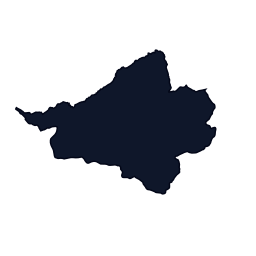 the district of Jardín, Antioquia, Colombia, rotated 59°
{"feature_id": "7082276B57305283238211", "entity_name": "Jardín", "entity_type": "district", "adm_level": 2, "iso_a3": "COL", "parent_name": "Colombia", "parent_adm1": "Antioquia", "projection": "natural_earth1", "projection_center": [-75.842, 5.568], "detail": "fine", "context": "isolated", "style": "filled", "palette": "ink", "viewbox_px": 256, "rotation_deg": 59, "n_neighbors": 0, "source": "geoboundaries", "source_scale": "gbopen_adm2", "svg_char_len": 5714}
<svg xmlns="http://www.w3.org/2000/svg" viewBox="0 0 256 256"><g transform="rotate(59 128 128)"><path d="M140.7,42.7L136.7,43.2L135.8,43.1L135.2,42.4L134.9,41.6L133.9,44.7L132.6,48.1L132.3,50.2L132.0,51.1L131.3,51.7L130.0,52.1L129.4,52.9L128.8,53.3L127.5,53.9L124.8,55.5L123.8,56.0L122.9,56.1L121.5,56.0L121.4,56.4L122.1,57.6L121.8,59.3L121.6,60.0L120.6,61.0L119.8,62.2L119.9,62.9L121.0,67.4L120.9,68.9L120.7,69.4L119.8,70.1L119.5,71.5L118.9,72.9L118.4,74.1L118.3,74.4L117.9,74.4L117.4,73.8L116.8,72.2L116.2,71.0L115.6,70.3L113.4,69.9L112.4,69.5L110.7,69.3L109.1,68.3L108.5,67.8L107.9,67.5L107.3,67.3L106.4,67.4L105.1,66.7L104.5,66.6L104.1,66.7L103.7,66.6L102.8,65.9L100.8,65.3L99.9,65.2L98.4,64.8L97.3,64.6L95.6,64.1L94.6,63.1L93.8,61.7L93.4,61.5L92.5,61.9L91.6,61.4L90.3,61.2L89.0,61.6L87.7,61.3L87.2,61.3L86.4,60.3L86.0,60.1L85.7,60.1L85.4,59.6L84.5,59.8L84.0,59.3L83.6,59.5L83.0,59.6L82.1,59.3L81.4,59.6L80.7,59.7L79.9,60.4L78.9,60.7L78.6,61.1L78.3,62.0L78.0,62.5L77.3,63.0L76.3,63.2L75.6,64.0L75.5,64.4L75.6,64.7L76.5,65.4L77.3,66.4L76.2,67.4L76.2,67.8L76.4,68.3L76.1,69.0L76.4,70.0L76.4,70.3L75.3,71.0L74.3,72.0L74.7,72.5L75.4,72.9L75.7,73.2L76.3,74.0L76.3,74.3L75.7,75.1L75.7,75.7L76.2,77.2L76.3,77.6L75.7,78.0L75.5,78.4L75.0,79.7L74.9,81.3L74.7,82.3L74.8,83.1L75.2,84.4L75.3,84.9L74.9,85.5L74.1,86.4L74.1,87.1L74.4,88.0L75.4,89.0L75.3,90.2L75.8,92.2L75.9,96.6L76.1,97.6L76.1,97.9L75.6,98.4L75.4,99.4L74.9,100.1L74.6,100.3L73.4,100.6L73.3,100.9L73.3,101.2L73.1,101.6L73.0,102.1L73.1,102.5L73.5,102.7L73.6,102.9L73.4,103.5L73.7,103.9L73.6,104.5L73.7,105.0L73.2,106.0L73.5,106.6L73.4,107.5L73.5,107.9L74.6,108.9L75.3,110.6L76.1,111.0L76.1,111.4L76.4,111.6L77.5,111.4L77.8,111.8L77.8,113.3L78.4,113.8L78.7,114.8L79.6,115.8L80.0,116.6L80.4,117.5L80.5,118.6L80.9,120.0L80.7,122.7L81.0,126.2L80.6,128.0L81.1,129.0L81.2,129.7L81.1,130.8L80.7,131.2L80.6,131.5L81.3,133.1L81.1,134.9L81.2,135.0L81.7,135.2L81.9,135.6L81.8,137.4L82.4,137.8L82.6,138.1L82.2,139.0L82.1,140.1L81.9,140.8L81.4,141.8L81.3,142.2L82.1,144.5L82.0,145.0L81.6,145.7L81.9,146.3L82.0,146.7L82.0,147.1L81.7,148.1L81.8,148.5L82.6,150.2L82.8,150.8L83.3,151.5L82.6,152.0L82.1,154.0L81.7,154.6L81.7,155.3L81.4,156.2L81.2,160.2L80.9,161.1L80.9,161.3L80.9,161.5L81.6,162.1L82.2,162.9L82.5,164.1L82.1,164.7L81.3,164.7L81.0,164.9L80.5,165.7L80.4,166.2L79.5,165.8L78.8,165.8L78.6,166.0L78.5,166.7L78.2,167.1L77.7,167.0L77.1,166.0L76.6,165.8L76.4,165.8L76.3,166.7L76.1,166.8L75.5,166.7L75.1,166.8L74.7,168.0L74.1,168.4L72.2,170.1L72.4,171.4L72.2,172.9L72.4,173.8L72.0,174.5L71.8,175.2L71.4,175.4L71.3,176.0L71.7,177.0L72.8,178.8L72.9,180.3L73.1,181.3L72.4,182.2L72.0,182.1L71.5,182.6L70.7,183.9L70.4,184.0L70.3,184.5L70.5,185.2L70.8,185.9L71.4,186.4L71.6,186.9L72.0,189.5L72.0,191.4L72.1,191.8L72.2,192.9L72.1,193.4L72.3,194.0L71.0,194.3L69.9,194.3L69.4,195.4L68.7,195.9L68.3,197.0L67.0,198.9L66.9,199.8L66.7,202.4L66.4,203.7L66.0,204.3L65.7,204.5L64.4,204.4L63.9,204.8L62.5,207.8L61.6,209.2L59.5,209.7L58.3,210.4L57.4,210.6L55.1,212.1L53.1,213.2L53.9,214.4L54.3,214.4L57.5,212.9L58.3,212.8L59.4,212.9L60.3,212.8L61.6,211.8L65.8,210.8L66.7,210.7L67.0,211.0L67.5,211.2L67.6,211.5L67.9,211.6L72.3,210.9L73.2,210.5L73.6,210.1L73.9,209.8L74.2,209.0L74.8,208.3L76.2,207.7L77.4,206.8L77.9,206.3L78.4,204.9L79.0,204.3L79.5,204.1L81.2,203.9L82.3,204.2L85.5,204.2L85.9,201.9L86.4,200.4L86.4,196.9L87.0,196.3L87.5,195.4L87.7,192.7L88.5,190.9L89.3,189.2L90.4,188.3L91.4,188.5L92.0,188.9L94.0,190.6L95.0,191.8L96.1,194.0L97.1,198.2L97.6,199.8L98.8,200.9L100.7,202.0L103.0,202.7L104.5,202.9L107.4,203.1L109.0,203.4L114.1,205.4L115.7,205.6L116.8,204.7L118.0,203.6L119.3,201.0L120.7,199.3L121.5,198.7L123.8,192.2L125.0,190.2L126.3,188.4L127.6,186.1L128.9,182.7L129.9,182.0L132.1,181.5L134.0,181.6L136.2,181.3L136.5,181.2L137.5,180.4L137.8,179.5L138.0,177.2L138.5,175.3L139.0,174.2L139.9,173.0L140.9,172.1L144.7,169.9L147.2,166.0L148.0,165.0L149.9,163.6L150.6,162.6L152.2,159.5L152.4,158.9L153.2,157.7L154.0,156.9L154.6,156.5L155.2,156.0L155.5,155.2L155.9,154.8L156.5,154.6L157.7,154.5L159.8,155.5L161.4,155.2L162.7,155.3L163.6,155.8L164.9,157.3L165.7,157.9L166.5,158.1L167.1,158.1L167.6,157.8L168.2,157.1L170.2,153.8L172.1,152.5L172.5,151.6L172.6,148.8L172.9,147.3L173.3,147.0L174.1,147.0L174.7,146.7L177.8,144.8L182.0,143.2L184.0,143.7L187.5,143.3L188.6,143.4L189.4,143.3L190.3,143.1L191.0,142.6L192.0,141.3L193.2,140.2L196.2,137.9L197.0,137.6L197.7,137.1L200.6,133.3L201.8,132.7L202.4,132.1L202.9,130.6L202.9,129.7L202.6,129.2L202.2,128.7L201.2,128.1L200.8,127.6L200.9,124.9L200.7,123.8L200.5,123.3L200.1,123.0L199.1,122.3L197.4,121.4L196.9,121.0L196.5,120.5L196.5,119.7L196.8,118.9L196.8,118.3L196.4,117.7L196.0,117.3L195.8,115.9L194.6,114.1L193.2,110.4L192.8,107.6L192.3,106.4L191.4,106.2L189.7,104.8L188.2,104.5L185.7,102.7L183.7,102.0L182.6,101.7L180.8,101.6L180.3,102.3L178.2,103.2L177.5,103.0L177.2,102.7L177.0,102.3L176.8,101.7L176.8,101.2L177.3,100.4L177.3,97.2L177.7,94.0L177.8,92.5L178.3,90.3L178.9,88.9L179.9,88.4L180.8,87.7L182.3,86.1L183.9,83.1L184.3,82.1L184.8,78.0L184.9,75.8L184.9,75.3L185.2,74.6L185.2,74.1L184.7,72.6L184.2,72.1L183.8,71.9L183.7,71.6L183.7,71.3L183.8,70.8L184.1,70.4L184.4,69.6L184.6,67.9L184.4,67.3L183.2,64.9L182.2,63.9L180.3,61.5L179.8,60.1L179.7,58.6L179.2,57.6L178.3,56.7L176.1,55.1L174.5,53.6L173.6,53.1L172.8,53.0L172.3,53.3L172.0,53.9L171.6,55.3L171.5,56.1L171.3,57.0L170.9,57.3L170.4,57.3L170.1,57.1L169.5,57.0L168.1,57.0L165.8,58.9L164.8,59.1L164.3,59.0L163.1,58.4L162.9,58.0L162.7,57.4L162.2,54.0L160.3,51.1L159.6,49.8L159.3,48.6L159.2,48.4L157.8,47.5L157.1,46.6L156.2,45.1L155.6,43.4L154.8,42.7L153.1,42.0L152.3,41.9L150.6,42.7L148.9,43.0L143.0,43.4L140.7,42.7Z" fill="#0f172a" stroke="#020617" stroke-width="1.5"/></g></svg>